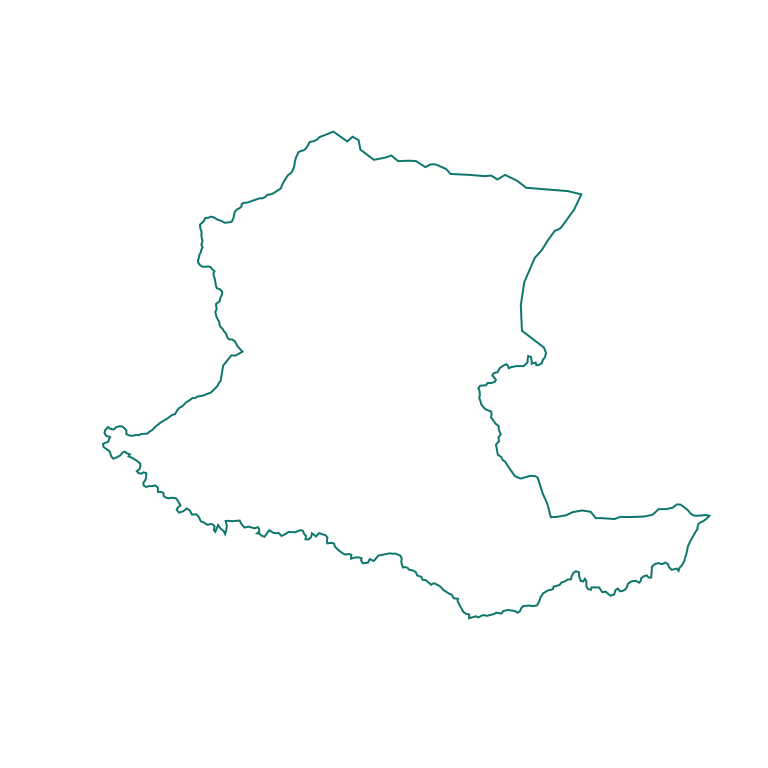 Corguinho, Mato Grosso do Sul, Brazil (orthographic projection), rotated 77°
{"feature_id": "56859067B58244822602525", "entity_name": "Corguinho", "entity_type": "district", "adm_level": 2, "iso_a3": "BRA", "parent_name": "Brazil", "parent_adm1": "Mato Grosso do Sul", "projection": "orthographic", "projection_center": [-55.002, -19.811], "detail": "fine", "context": "isolated", "style": "outline", "palette": "teal", "viewbox_px": 768, "rotation_deg": 77, "n_neighbors": 0, "source": "geoboundaries", "source_scale": "gbopen_adm2", "svg_char_len": 6163}
<svg xmlns="http://www.w3.org/2000/svg" viewBox="0 0 768 768"><g transform="rotate(77 384 384)"><path d="M363.9,662.6L366.0,665.8L368.7,667.4L371.9,666.4L374.2,662.8L376.1,664.4L378.2,665.6L378.6,668.7L379.3,671.4L382.4,671.4L387.9,666.5L393.5,665.9L395.9,664.5L395.5,661.3L394.2,656.9L392.0,654.2L391.6,651.6L393.7,650.3L395.3,647.4L397.1,649.2L399.0,646.4L403.0,642.2L406.9,639.3L409.5,640.0L412.1,641.5L413.3,644.5L415.4,643.4L416.8,640.9L416.0,638.2L417.4,635.7L421.3,636.7L424.1,638.3L425.9,640.6L428.7,641.0L430.8,639.0L430.6,636.2L431.4,632.8L431.3,629.8L433.9,627.7L438.3,628.5L439.1,625.2L441.0,623.3L443.6,623.9L445.7,622.0L446.9,619.5L447.1,616.1L448.5,612.5L450.9,611.3L456.6,609.6L457.9,612.6L459.9,614.3L463.2,612.7L462.8,608.2L460.9,604.2L463.6,601.6L468.0,600.5L468.8,596.2L471.7,594.4L476.6,593.4L478.7,590.4L481.5,587.7L481.5,584.1L482.6,582.1L484.6,581.1L487.9,582.7L490.1,581.6L484.1,577.4L488.3,575.7L491.5,573.2L494.4,572.6L491.0,570.6L487.1,569.1L481.9,569.1L482.3,566.4L483.5,562.9L484.6,555.3L487.9,554.6L492.5,552.2L492.5,548.2L495.6,542.3L495.1,539.1L497.3,538.3L499.6,538.7L501.0,541.2L502.0,538.7L504.2,537.5L505.9,534.7L500.6,528.7L504.0,525.5L505.2,522.5L505.3,520.2L509.0,518.1L507.9,513.4L506.7,510.3L508.5,503.9L507.6,498.4L508.7,496.1L512.2,495.5L514.6,494.2L517.6,495.4L518.5,492.5L516.7,489.4L513.3,487.8L517.2,484.5L514.7,480.9L518.2,475.0L521.0,473.7L523.7,474.8L526.5,475.1L527.1,470.3L528.5,468.4L531.2,468.5L535.3,466.0L538.9,463.1L541.4,460.4L541.8,456.3L543.1,454.2L546.7,455.4L546.6,450.8L547.2,447.9L548.6,445.1L551.1,446.0L554.0,444.9L554.5,439.9L551.4,437.2L554.2,433.7L549.9,428.2L550.3,416.5L551.3,413.9L551.8,411.1L554.9,406.7L558.1,406.0L561.3,407.2L566.9,407.0L567.2,404.5L568.4,402.4L570.7,401.3L572.3,397.6L574.4,395.4L578.0,394.7L580.3,391.0L583.4,390.5L584.6,387.4L590.2,383.2L589.3,380.3L591.5,377.3L594.5,374.3L597.9,372.6L602.8,367.9L604.4,365.5L608.5,364.2L609.9,360.2L612.3,361.2L623.9,358.0L626.5,355.6L627.8,352.8L631.3,353.8L631.0,346.6L632.7,344.5L631.6,340.8L631.7,338.3L633.0,336.3L632.9,328.9L632.1,325.9L634.1,321.3L632.0,318.7L632.1,313.9L634.8,307.3L637.0,305.2L635.9,302.6L633.4,300.8L631.7,298.3L632.5,292.6L634.0,288.7L634.1,284.7L631.5,282.2L627.2,279.6L623.8,276.0L622.0,270.9L622.1,268.5L621.8,265.5L619.5,264.4L619.6,261.4L619.2,257.9L617.3,255.8L617.1,252.7L615.8,248.9L616.4,245.9L613.2,244.2L610.3,241.5L609.7,239.0L611.4,236.3L615.2,237.1L620.3,236.5L621.2,234.2L619.1,232.1L621.7,231.2L626.6,232.3L629.7,231.4L631.0,228.6L628.9,227.5L630.6,220.2L636.0,218.1L636.2,214.8L641.3,210.8L640.8,207.0L637.0,205.0L635.9,202.2L639.1,200.6L639.2,197.4L638.4,194.9L636.3,192.9L633.4,191.1L632.2,188.1L632.0,185.6L632.6,182.7L635.0,180.1L633.3,177.8L631.1,177.1L629.8,174.2L629.6,171.1L632.1,169.7L632.7,167.3L627.8,165.6L622.3,164.1L620.4,160.7L620.2,157.1L622.1,153.6L621.3,150.0L623.2,147.9L626.9,147.4L629.8,145.5L629.7,140.4L632.3,139.0L629.7,137.5L627.6,134.4L623.7,131.0L620.7,129.6L618.1,127.8L610.7,124.5L605.8,120.7L598.1,113.7L596.1,111.4L593.6,110.6L591.2,109.2L590.0,106.7L589.5,104.0L588.1,100.6L585.7,96.6L584.2,99.2L582.7,109.2L581.9,111.6L579.5,114.2L575.3,116.3L568.3,122.0L567.2,125.7L569.6,130.9L569.3,134.2L569.6,136.5L567.7,144.4L571.8,151.8L571.6,160.8L568.8,175.1L566.6,183.7L567.4,189.8L563.7,202.0L562.4,207.7L555.0,211.4L551.8,219.4L551.3,229.0L552.9,236.1L552.3,245.9L551.3,251.4L537.7,251.8L526.1,254.0L509.9,255.3L507.9,257.2L506.4,261.8L506.9,272.2L503.2,277.2L491.0,282.1L486.8,283.4L485.0,285.4L481.5,286.1L478.6,289.0L468.2,288.5L465.6,284.8L461.8,284.5L459.3,281.6L454.2,282.5L450.8,281.7L447.8,284.2L440.5,287.2L438.1,286.1L434.9,285.8L431.7,290.5L429.5,292.1L425.6,293.8L421.7,293.9L419.1,294.4L416.1,293.0L412.2,292.5L409.4,293.0L407.3,290.7L408.2,284.8L406.3,283.0L407.1,279.4L406.9,275.6L405.0,274.0L399.9,276.6L398.0,274.2L398.1,270.8L394.5,267.5L393.2,264.3L392.2,260.4L394.1,259.2L396.7,258.9L396.2,256.3L396.4,250.4L398.0,244.0L395.3,239.3L392.2,238.5L389.2,237.2L390.7,234.7L393.9,234.8L397.4,235.5L397.3,231.4L400.0,231.3L400.2,228.7L399.3,225.6L396.4,223.9L394.1,221.2L390.2,219.1L384.4,220.0L363.2,237.6L338.1,233.0L316.3,224.4L295.0,208.7L290.5,202.1L288.4,199.5L281.0,192.2L273.2,183.2L272.7,179.7L271.8,176.8L269.3,173.8L256.5,159.2L243.6,149.1L237.4,161.5L224.8,201.3L215.8,208.7L207.5,219.0L210.2,227.5L205.0,232.7L204.1,239.2L199.6,253.2L194.3,271.9L188.5,275.1L182.2,283.5L181.0,286.3L180.6,289.5L182.0,294.9L174.1,302.6L172.1,309.0L170.1,320.0L163.0,325.4L163.7,331.8L163.3,343.4L150.3,354.3L140.7,353.9L136.0,359.0L139.4,365.2L126.7,376.6L129.0,391.6L130.5,393.6L131.6,397.6L131.4,401.7L137.0,407.0L138.3,409.9L138.2,412.3L138.8,415.1L143.0,418.4L147.7,421.1L150.0,421.7L153.6,423.7L156.3,425.8L157.8,427.6L158.8,430.4L160.7,432.5L166.0,437.7L170.2,440.5L173.4,449.2L173.7,452.5L173.4,455.2L175.1,457.7L175.7,460.9L175.1,463.6L176.5,476.8L175.9,480.0L176.8,482.2L179.0,483.0L180.2,485.2L180.8,488.0L182.6,490.6L188.9,493.6L191.7,496.0L191.5,499.9L191.0,503.1L188.4,505.8L186.7,508.8L182.9,513.0L182.0,515.2L182.5,517.7L182.1,521.0L184.9,523.1L187.3,527.4L190.9,528.0L195.0,527.5L198.3,528.6L203.9,528.7L207.2,530.6L210.0,530.0L212.0,531.7L214.5,532.9L216.7,534.9L219.2,535.8L221.2,537.4L224.0,537.8L226.8,536.5L228.6,534.9L229.5,532.5L229.9,529.1L230.8,526.8L233.6,525.5L236.1,523.8L237.9,525.3L240.5,525.6L243.5,525.2L250.7,525.6L253.0,525.4L255.1,522.2L258.1,520.8L260.8,522.0L263.6,524.3L266.2,525.2L268.3,529.7L270.8,530.1L273.5,530.2L275.8,532.1L279.7,532.2L282.9,531.7L286.4,530.6L290.5,530.9L294.2,528.8L297.2,527.8L299.6,526.5L303.7,526.1L305.8,524.6L306.4,521.9L308.9,519.7L314.4,518.2L320.7,514.6L322.9,522.6L321.8,526.3L329.9,536.6L344.1,542.4L345.9,544.6L348.5,546.7L353.5,554.8L353.9,559.2L354.6,562.4L354.3,569.0L355.3,571.2L354.6,573.8L356.6,578.3L357.3,580.9L360.4,585.6L361.1,588.7L363.1,591.4L366.2,594.2L366.6,597.8L368.7,602.3L371.3,610.3L374.2,616.4L376.8,620.2L377.6,623.1L379.1,625.8L378.1,631.9L378.8,634.3L377.8,636.9L378.0,640.6L376.7,644.1L374.8,646.3L371.7,645.5L368.6,646.9L366.6,648.5L365.7,651.0L365.7,654.4L367.5,657.5L366.2,660.8L363.9,662.6Z" fill="none" stroke="#0f766e" stroke-width="2"/></g></svg>